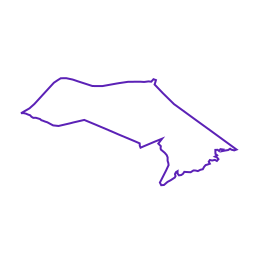 Lago do Junco, Maranhão, Brazil (Equal Earth projection), rotated 77°
{"feature_id": "56859067B31771751131713", "entity_name": "Lago do Junco", "entity_type": "district", "adm_level": 2, "iso_a3": "BRA", "parent_name": "Brazil", "parent_adm1": "Maranhão", "projection": "equal_earth", "projection_center": [-44.941, -4.533], "detail": "fine", "context": "isolated", "style": "outline", "palette": "violet", "viewbox_px": 256, "rotation_deg": 77, "n_neighbors": 0, "source": "geoboundaries", "source_scale": "gbopen_adm2", "svg_char_len": 1529}
<svg xmlns="http://www.w3.org/2000/svg" viewBox="0 0 256 256"><g transform="rotate(77 128 128)"><path d="M86.2,92.2L88.1,94.9L87.2,97.6L86.8,101.8L85.6,105.9L83.0,117.6L82.3,126.2L82.1,129.3L81.4,143.5L79.1,153.2L71.2,166.4L69.2,169.6L68.3,171.1L67.1,173.7L65.6,176.9L64.4,182.3L65.6,185.8L67.2,190.0L71.5,196.3L83.6,213.9L86.7,219.6L89.5,228.9L90.0,226.4L91.0,224.3L92.4,222.4L93.6,220.5L95.4,219.5L96.8,218.0L97.3,215.5L98.5,213.4L99.5,211.7L100.9,210.7L101.8,209.2L103.0,207.5L104.3,205.3L106.0,203.4L108.6,200.4L110.4,195.2L110.4,183.3L110.3,180.1L110.3,168.8L117.6,158.6L129.3,142.5L131.7,139.3L142.7,124.0L145.6,120.1L147.9,120.5L150.0,120.2L149.4,117.0L147.3,104.9L146.1,97.2L150.0,102.0L153.1,100.1L154.9,100.8L156.4,100.8L160.4,97.8L163.1,96.4L165.5,96.0L167.2,96.4L168.9,96.8L171.1,96.6L173.3,96.8L177.9,100.4L186.6,107.7L188.3,109.2L191.2,108.5L191.6,105.8L189.4,101.6L188.5,98.2L186.8,93.6L185.6,92.5L183.5,92.6L181.8,91.2L181.2,89.4L183.4,90.0L185.6,89.0L185.8,86.7L185.0,84.7L183.4,83.0L184.2,80.4L185.2,76.9L184.1,73.8L184.6,71.8L185.7,69.6L185.0,66.9L185.0,64.4L182.9,62.5L181.6,60.7L181.5,58.8L181.2,56.3L179.0,56.9L177.6,55.4L178.6,53.3L178.6,50.5L180.1,48.8L178.7,46.9L176.5,48.0L175.4,49.7L174.6,47.3L172.9,48.6L171.3,48.3L169.0,47.8L169.4,45.6L170.9,44.4L169.4,42.7L170.4,40.1L171.7,41.7L171.8,38.5L172.0,35.4L171.2,33.2L172.4,32.1L173.7,29.5L173.4,27.1L150.9,46.6L137.5,58.3L117.0,76.1L115.1,77.8L101.9,86.2L91.6,92.3L89.6,91.1L87.6,90.0L86.2,92.2Z" fill="none" stroke="#5b21b6" stroke-width="2"/></g></svg>